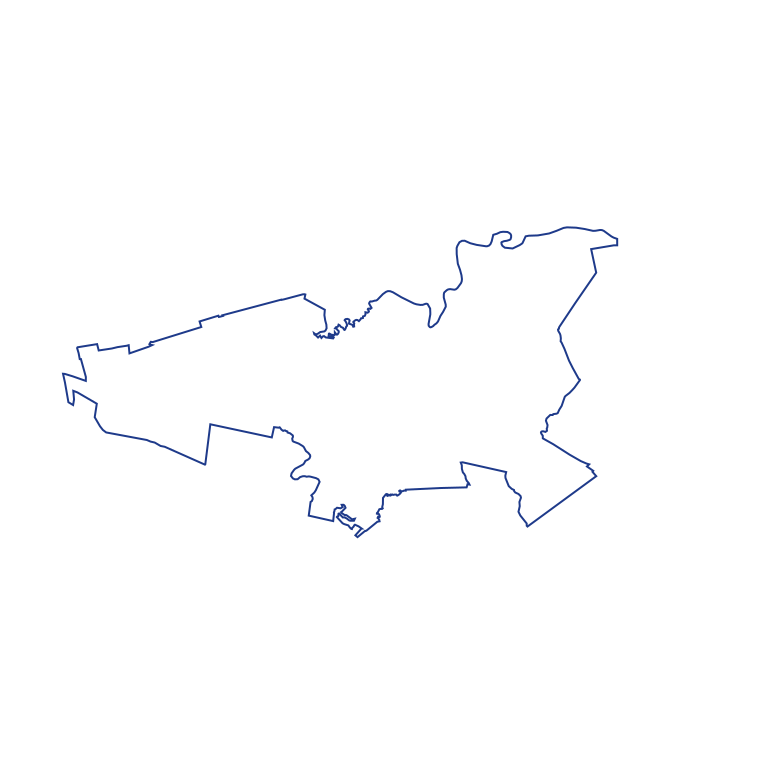 Ghimpati, Giurgiu, Romania (Natural Earth projection), rotated 237°
{"feature_id": "2599482B55466329645382", "entity_name": "Ghimpati", "entity_type": "district", "adm_level": 2, "iso_a3": "ROU", "parent_name": "Romania", "parent_adm1": "Giurgiu", "projection": "natural_earth1", "projection_center": [25.769, 44.173], "detail": "fine", "context": "isolated", "style": "outline", "palette": "blue", "viewbox_px": 768, "rotation_deg": 237, "n_neighbors": 0, "source": "geoboundaries", "source_scale": "gbopen_adm2", "svg_char_len": 6166}
<svg xmlns="http://www.w3.org/2000/svg" viewBox="0 0 768 768"><g transform="rotate(237 384 384)"><path d="M458.5,519.0L453.3,515.7L444.6,511.4L438.5,510.0L433.0,508.2L429.5,506.5L427.8,505.1L426.7,503.6L425.5,500.5L424.5,497.8L424.3,495.7L424.8,494.3L427.6,491.1L428.4,489.3L428.5,487.7L428.0,484.6L427.6,483.9L426.5,482.9L423.9,481.2L417.0,479.0L415.2,477.9L412.3,472.8L410.4,468.5L407.0,463.3L406.3,461.0L406.2,458.5L405.8,456.8L405.9,454.9L406.2,453.9L406.8,453.4L408.5,453.2L410.0,454.0L417.1,460.7L418.8,461.8L422.2,463.8L427.3,464.1L428.0,463.6L428.6,462.6L429.3,459.6L430.5,457.6L433.2,454.6L435.3,452.9L447.3,445.8L456.0,441.5L458.5,439.7L459.8,437.8L460.2,435.9L460.0,432.0L458.2,424.2L458.3,422.8L458.9,421.8L459.8,418.7L460.5,417.9L460.7,417.2L460.2,416.0L459.5,415.3L454.6,415.0L454.4,413.5L455.4,412.7L455.8,411.6L455.5,411.1L453.3,411.0L452.9,410.7L452.7,409.1L454.3,407.5L452.5,406.4L451.6,405.0L452.1,403.2L450.8,402.2L451.6,400.5L451.0,399.5L450.4,397.2L452.1,396.6L452.9,395.6L453.1,394.7L452.9,392.5L452.7,392.0L451.1,392.1L450.2,391.2L448.5,390.3L448.8,389.4L450.9,389.7L453.7,387.5L456.1,389.8L457.4,389.7L458.6,388.7L459.3,387.1L459.2,386.1L458.9,385.7L457.7,385.9L455.5,385.7L453.3,385.0L452.9,384.6L452.8,383.7L451.4,381.9L450.8,380.7L450.8,380.4L451.3,380.1L453.5,380.2L455.3,379.0L457.4,378.8L458.5,378.2L457.3,376.7L457.4,375.7L457.8,374.5L457.3,373.3L456.1,374.4L455.2,374.3L452.9,374.8L452.0,374.2L451.1,372.7L451.0,371.8L451.0,371.4L451.4,371.1L454.1,370.9L452.1,369.6L452.0,368.9L454.3,366.5L456.0,365.7L456.2,365.2L454.3,363.6L451.4,367.0L450.4,367.2L449.9,366.2L454.8,360.5L456.8,359.8L457.2,358.9L456.7,356.6L459.4,356.7L458.9,354.0L461.8,353.4L463.5,352.6L464.7,353.0L463.1,353.6L462.6,354.1L462.2,355.9L462.3,358.8L460.6,362.6L460.7,364.0L462.0,366.2L465.2,368.0L469.3,369.3L474.2,371.5L478.5,374.8L498.9,363.8L501.9,366.8L502.5,366.3L503.4,364.8L509.4,346.4L510.4,343.8L510.7,343.8L529.6,286.0L528.8,286.0L529.8,282.9L530.2,282.0L531.5,282.3L536.9,263.4L531.3,261.8L545.1,212.9L546.4,211.4L545.2,209.0L544.4,209.4L542.9,210.8L543.5,206.7L548.3,187.2L555.6,191.0L556.2,189.1L560.1,180.5L562.0,175.1L567.5,163.0L573.7,165.1L581.7,147.0L581.3,146.2L576.2,144.7L570.6,142.4L570.0,143.4L552.3,137.8L549.0,135.6L560.0,127.1L566.3,121.8L567.4,120.4L558.9,117.2L540.6,109.4L535.7,111.8L539.8,115.6L547.5,119.7L543.9,122.3L523.9,132.4L513.7,123.3L503.2,122.8L498.6,123.2L494.7,124.6L466.2,154.6L462.8,156.9L459.8,159.8L453.7,162.9L450.8,165.9L413.9,189.9L414.0,190.4L444.8,216.4L400.3,260.8L407.7,268.3L404.8,271.8L404.5,272.9L401.4,273.2L399.6,273.9L399.5,274.8L398.9,275.8L398.4,275.9L396.9,277.1L395.8,276.7L393.8,278.4L390.5,279.5L389.3,278.9L388.1,277.2L386.1,276.4L385.1,276.6L380.5,280.0L376.1,282.1L374.7,282.4L370.3,282.0L367.3,283.0L364.6,283.3L363.3,282.6L362.2,281.0L362.0,279.1L362.3,276.1L361.4,274.6L360.7,272.9L360.6,272.0L361.3,263.5L361.0,261.9L359.4,257.8L357.5,255.9L354.4,256.2L352.6,257.3L351.2,259.7L351.6,263.0L350.9,265.6L349.8,267.4L348.4,268.6L347.4,270.7L346.3,271.9L342.1,275.7L339.8,277.0L337.0,276.7L332.0,268.9L330.9,266.4L330.2,262.4L328.0,262.4L326.4,261.6L325.1,259.7L325.1,258.2L314.6,249.2L296.7,266.7L303.1,271.9L303.7,272.1L304.2,273.0L305.7,274.3L305.5,275.1L305.8,277.2L303.4,279.9L303.3,282.3L305.7,282.7L304.9,284.1L304.3,284.5L303.1,284.7L301.1,284.3L299.9,279.0L299.9,278.2L299.2,278.1L295.8,279.5L295.0,280.1L294.9,280.7L293.9,281.3L287.9,283.5L286.9,286.2L285.7,284.3L287.7,281.2L288.6,280.5L291.5,279.5L293.7,278.2L294.5,276.8L299.9,275.8L300.0,275.2L298.1,273.7L298.3,272.4L298.1,272.0L289.8,273.4L288.2,274.3L284.8,277.1L282.2,277.2L280.2,277.7L279.8,278.1L280.6,279.0L281.0,281.0L281.7,282.0L281.8,283.0L278.4,285.2L274.8,286.6L275.0,286.2L272.7,277.6L270.0,278.4L271.1,288.1L270.7,288.5L270.6,289.8L272.1,303.4L271.3,305.4L271.9,305.5L272.3,306.0L274.1,306.1L275.2,305.7L275.9,306.8L274.9,307.9L275.3,308.4L277.4,308.9L278.3,308.6L278.8,307.6L279.1,307.4L279.6,307.8L279.9,309.1L281.5,311.9L281.0,313.4L280.3,314.2L280.4,315.2L281.7,315.4L283.8,317.6L289.0,321.1L290.5,325.5L290.2,326.5L289.4,326.9L288.8,326.7L288.6,325.9L288.3,325.9L288.1,326.4L288.4,327.8L287.9,328.3L287.1,328.3L286.9,328.7L286.9,329.7L287.2,329.8L286.8,330.2L286.9,330.7L286.0,331.3L285.5,332.6L284.5,334.1L283.3,334.2L283.1,334.5L283.1,336.9L283.7,339.0L284.4,339.8L285.5,338.4L286.0,338.5L286.1,339.1L285.9,339.6L284.5,340.1L283.9,341.4L283.7,342.8L282.7,344.1L283.5,344.7L265.7,375.2L252.3,397.0L254.4,399.4L253.1,400.9L254.7,401.1L257.8,400.7L260.3,401.1L262.3,402.1L264.8,402.3L266.9,402.0L270.4,403.1L273.5,405.0L276.3,405.6L275.5,407.3L243.6,438.5L241.0,435.8L239.0,434.7L230.4,433.0L226.5,434.0L224.3,435.3L223.2,434.8L221.5,435.0L218.5,436.9L215.6,437.5L214.0,436.9L211.3,433.3L207.6,431.3L203.6,427.2L199.5,426.7L189.3,427.7L187.4,426.5L186.3,426.7L191.1,511.8L196.8,511.0L197.2,512.2L204.3,509.3L204.9,512.3L207.0,510.5L212.1,507.1L223.6,501.2L241.4,493.1L251.9,487.6L254.2,489.0L256.8,488.9L257.8,489.2L258.3,489.9L258.2,490.8L257.5,491.9L255.9,493.3L256.0,495.2L258.1,496.3L258.5,497.1L260.5,498.8L265.0,499.8L266.5,501.5L267.5,506.6L266.1,508.6L266.5,509.2L266.4,509.9L265.1,512.6L265.0,513.9L267.0,517.0L268.9,521.1L274.7,528.5L275.1,529.7L275.5,534.8L276.4,538.7L277.2,541.7L280.6,550.5L281.0,550.7L282.2,550.1L294.7,551.0L302.9,551.9L315.2,554.5L322.1,555.5L323.6,555.4L326.0,557.2L328.7,558.5L330.2,558.9L333.8,559.1L335.0,559.7L335.1,560.8L336.0,561.5L336.5,562.4L347.7,588.4L361.8,622.6L384.3,631.2L375.2,652.1L373.3,655.1L378.7,658.6L381.7,656.3L383.9,655.1L392.8,651.7L394.4,650.6L395.5,649.1L397.3,644.9L398.6,642.7L404.7,636.7L410.5,630.2L415.7,622.8L417.1,619.6L418.5,612.1L420.3,604.5L424.8,594.0L429.5,586.2L430.7,583.2L426.8,577.0L426.6,576.0L426.6,573.4L427.6,565.7L432.5,559.6L435.3,558.6L437.0,558.7L438.6,559.4L438.9,559.9L438.4,562.5L437.2,565.1L436.4,568.1L436.6,569.1L437.9,570.6L439.5,571.6L440.6,571.8L442.1,571.5L444.2,570.4L446.8,566.8L448.0,564.2L448.5,560.6L449.6,556.9L444.9,551.9L443.3,549.4L442.9,547.4L443.4,545.4L444.0,544.5L450.2,537.5L455.1,533.0L460.2,529.7L461.6,527.4L461.8,524.5L459.9,520.8L458.5,519.0Z" fill="none" stroke="#1e3a8a" stroke-width="2"/></g></svg>